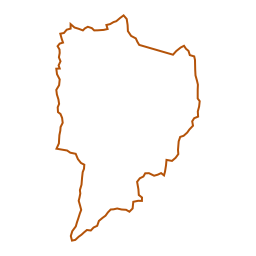 the district of Agudos do Sul, Paraná, Brazil
{"feature_id": "56859067B40410407425041", "entity_name": "Agudos do Sul", "entity_type": "district", "adm_level": 2, "iso_a3": "BRA", "parent_name": "Brazil", "parent_adm1": "Paraná", "projection": "robinson", "projection_center": [-49.317, -26.04], "detail": "fine", "context": "isolated", "style": "outline", "palette": "amber", "viewbox_px": 256, "rotation_deg": 0, "n_neighbors": 0, "source": "geoboundaries", "source_scale": "gbopen_adm2", "svg_char_len": 1803}
<svg xmlns="http://www.w3.org/2000/svg" viewBox="0 0 256 256"><path d="M126.7,19.0L123.6,15.4L120.2,17.9L116.3,21.2L113.5,22.1L110.1,24.1L106.4,25.0L107.6,29.0L103.7,29.9L97.8,30.3L94.2,30.4L91.8,28.1L87.8,26.8L85.0,28.3L82.9,30.4L78.7,28.8L74.5,27.5L70.6,24.1L70.6,28.6L66.7,29.7L63.9,33.0L60.3,33.7L61.7,38.8L63.0,42.6L59.7,43.6L57.6,46.2L59.5,49.5L59.7,53.0L58.9,57.3L60.5,61.3L58.6,65.4L59.7,68.5L56.3,68.7L57.0,74.2L59.7,79.4L59.1,85.2L56.3,89.9L56.9,94.5L58.4,99.3L59.1,103.9L57.7,107.3L58.0,112.1L60.5,114.0L62.1,117.9L62.7,122.8L60.6,127.0L60.3,130.7L59.4,135.1L59.1,139.6L58.9,143.4L56.5,148.7L67.1,150.5L70.3,152.7L75.7,153.8L77.9,159.1L81.0,163.0L84.3,164.7L84.0,168.8L82.7,172.1L82.1,177.4L81.5,184.7L79.9,190.1L80.3,193.5L79.5,197.5L78.7,200.8L80.0,205.3L81.2,209.9L79.9,213.3L78.3,218.4L77.0,222.2L75.8,226.4L72.3,231.1L70.8,236.0L72.0,240.6L75.3,239.9L78.7,236.7L81.5,234.7L84.0,232.4L86.9,230.0L90.8,230.5L93.6,227.5L97.2,225.8L98.9,220.9L102.5,217.9L105.5,215.7L107.9,212.4L110.7,209.5L113.6,209.3L117.2,208.5L121.6,209.5L126.1,209.8L129.4,211.7L132.6,208.5L133.3,201.8L138.1,200.8L141.9,200.9L142.0,197.5L138.8,195.0L138.4,189.2L137.1,181.8L139.8,178.3L143.4,176.5L145.2,173.3L149.0,173.2L154.1,175.7L157.7,174.7L161.1,173.1L164.0,175.4L165.0,171.7L166.0,165.4L166.5,159.9L172.0,160.9L175.6,157.8L178.3,154.1L178.0,149.9L178.3,146.1L178.7,141.3L180.2,136.9L183.6,135.8L187.2,132.6L189.4,129.5L193.0,125.7L192.2,121.3L194.2,118.2L198.1,116.6L197.8,111.4L199.1,106.6L199.7,101.2L197.7,98.5L197.7,94.9L197.7,89.7L197.9,84.7L197.0,80.8L195.5,75.4L195.2,69.8L195.0,60.0L194.2,56.4L189.8,55.1L188.5,50.9L186.0,48.8L184.0,45.8L180.7,47.5L176.2,51.1L173.0,54.7L139.2,44.9L137.3,41.7L135.8,38.4L131.1,35.9L127.9,31.1L127.6,25.0L126.7,19.0Z" fill="none" stroke="#b45309" stroke-width="2"/></svg>